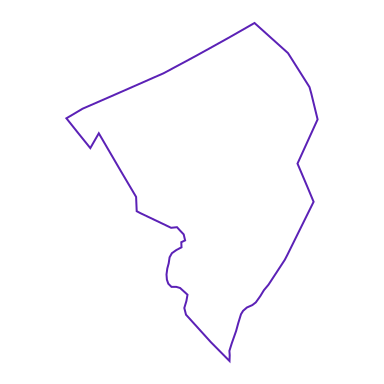 outline of Bonfim do Piauí, Piauí, Brazil
{"feature_id": "56859067B48454947572204", "entity_name": "Bonfim do Piauí", "entity_type": "district", "adm_level": 2, "iso_a3": "BRA", "parent_name": "Brazil", "parent_adm1": "Piauí", "projection": "robinson", "projection_center": [-42.889, -9.188], "detail": "fine", "context": "isolated", "style": "outline", "palette": "violet", "viewbox_px": 384, "rotation_deg": 0, "n_neighbors": 0, "source": "geoboundaries", "source_scale": "gbopen_adm2", "svg_char_len": 878}
<svg xmlns="http://www.w3.org/2000/svg" viewBox="0 0 384 384"><path d="M90.3,148.1L98.8,133.3L120.9,171.2L136.1,196.9L136.7,211.2L140.5,213.2L171.1,227.8L177.0,227.2L180.0,230.5L183.7,234.4L185.1,240.4L181.3,242.2L181.5,247.3L176.4,250.0L171.9,253.2L169.6,257.3L168.7,263.3L167.3,268.5L166.5,274.5L166.9,279.7L168.3,283.7L171.5,286.9L176.4,286.9L180.1,288.0L187.5,294.7L186.4,301.0L184.3,308.0L186.0,314.7L210.8,342.1L229.5,361.0L229.7,355.1L229.4,350.9L231.7,343.5L236.1,331.0L238.2,323.3L241.0,314.2L243.1,310.8L246.9,307.5L252.3,305.1L255.8,302.4L260.3,296.1L263.9,290.2L268.5,284.7L284.8,259.8L287.4,254.8L313.6,201.8L307.6,187.4L297.5,163.6L317.6,119.4L311.3,93.6L309.5,87.1L291.3,58.3L288.0,53.1L254.5,23.0L228.4,37.9L196.3,55.7L163.3,73.4L154.1,77.4L120.9,92.0L82.6,108.7L66.4,118.3L73.9,127.7L78.2,133.1L90.3,148.1Z" fill="none" stroke="#5b21b6" stroke-width="2"/></svg>